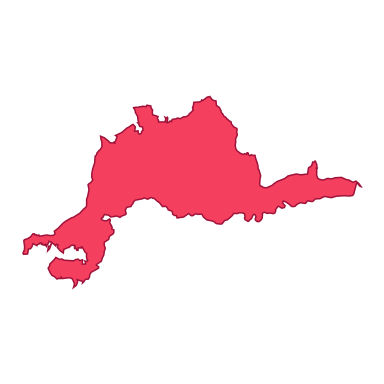 the district of Risca, Cluj, Romania
{"feature_id": "2599482B15866458666366", "entity_name": "Risca", "entity_type": "district", "adm_level": 2, "iso_a3": "ROU", "parent_name": "Romania", "parent_adm1": "Cluj", "projection": "mercator", "projection_center": [23.11, 46.713], "detail": "fine", "context": "isolated", "style": "filled", "palette": "rose", "viewbox_px": 384, "rotation_deg": 0, "n_neighbors": 0, "source": "geoboundaries", "source_scale": "gbopen_adm2", "svg_char_len": 5966}
<svg xmlns="http://www.w3.org/2000/svg" viewBox="0 0 384 384"><path d="M82.6,282.9L83.9,281.7L84.7,280.2L86.1,279.1L88.2,279.2L89.4,277.3L89.9,274.3L91.2,272.3L98.5,268.2L98.7,266.8L96.5,265.3L96.4,264.6L101.3,261.2L102.4,257.8L103.8,255.0L104.3,251.4L105.3,248.2L104.3,245.4L104.2,242.7L105.3,241.6L108.7,239.4L109.4,236.3L113.2,233.8L113.8,232.6L113.9,229.9L111.8,229.0L112.1,227.8L111.7,226.1L109.9,223.0L109.8,222.1L110.3,220.5L110.0,219.2L109.5,219.0L106.6,220.8L104.7,220.8L101.8,219.9L101.4,219.2L101.7,218.1L102.6,217.9L104.3,214.7L104.7,214.4L106.5,215.0L108.3,215.0L110.8,217.0L116.8,216.0L120.0,217.4L121.5,216.2L125.5,214.6L126.2,213.7L125.3,210.4L126.5,207.7L127.2,207.2L131.0,206.5L131.3,205.5L133.0,203.5L133.4,202.0L135.2,200.2L142.4,198.8L144.3,197.9L147.7,199.2L150.4,197.7L151.7,197.6L153.0,198.4L154.2,198.4L157.4,201.3L159.5,202.7L162.5,206.6L165.8,206.3L167.3,207.9L168.3,209.9L171.8,211.1L172.3,211.9L172.8,214.3L174.3,215.4L176.4,215.6L177.1,218.0L183.7,217.0L188.4,213.7L189.2,213.9L190.6,215.3L191.9,215.8L193.1,215.5L195.4,213.8L198.1,214.4L201.2,214.1L202.4,214.9L203.3,216.9L206.8,219.9L212.0,220.9L214.6,222.0L215.6,223.1L216.8,223.7L221.1,224.1L222.3,223.6L224.7,220.4L227.3,219.9L231.1,216.7L232.4,215.4L233.6,213.4L237.0,213.6L239.7,212.7L242.8,213.0L244.4,213.7L245.0,216.4L245.0,217.2L244.5,217.8L245.0,219.6L248.0,221.4L248.8,221.1L249.7,219.9L251.5,218.6L253.1,215.0L254.1,214.3L254.9,214.5L256.0,216.7L255.2,218.9L255.4,220.1L256.9,221.4L258.8,221.7L260.7,220.4L262.1,218.3L262.5,215.3L262.3,213.6L263.1,212.8L264.4,212.2L267.0,213.4L270.0,213.0L273.2,213.7L275.1,212.7L275.7,210.6L275.6,209.6L277.8,206.5L278.9,206.4L281.9,208.2L284.4,207.5L285.1,205.7L282.9,203.4L282.7,202.1L283.3,201.1L285.6,201.8L289.7,204.6L290.7,205.8L291.8,206.5L293.6,206.6L295.0,206.3L297.2,204.2L300.4,202.7L305.0,203.4L305.6,203.3L307.2,201.2L308.1,200.9L312.1,201.6L313.2,201.0L315.4,198.9L319.9,198.7L324.0,196.7L325.0,196.5L331.4,197.7L336.5,196.2L344.1,195.7L349.8,196.0L352.8,195.4L353.8,193.8L356.4,183.7L357.0,183.2L357.7,183.6L360.0,186.3L361.0,186.6L358.7,183.4L355.9,181.1L353.0,182.3L348.8,180.0L346.1,179.5L341.5,177.4L335.5,177.7L331.3,178.9L327.5,178.4L323.3,180.1L319.3,179.3L317.7,178.1L316.7,175.4L316.7,169.4L317.2,168.2L316.3,168.1L317.0,166.9L316.7,165.7L316.8,164.5L315.8,162.6L315.7,161.7L315.0,161.0L313.5,162.5L312.7,162.1L311.7,165.4L310.5,166.7L308.8,167.5L308.4,168.5L307.6,174.0L300.9,174.8L296.2,174.0L288.1,175.9L284.8,178.5L277.4,181.4L274.0,183.6L272.4,185.2L266.7,187.8L263.5,187.5L261.5,186.2L260.0,185.8L259.7,183.7L260.0,179.1L260.7,175.7L258.9,169.8L258.1,168.5L258.0,166.2L257.3,163.1L255.6,158.3L255.1,155.5L254.8,155.2L253.9,155.6L251.2,154.7L250.3,155.6L249.8,155.6L248.4,154.6L248.3,153.5L247.8,152.7L246.7,153.1L246.5,154.3L244.5,153.7L243.3,154.4L240.9,153.6L237.0,150.8L235.9,148.9L235.2,145.9L235.7,141.9L235.6,138.8L237.2,135.3L237.2,134.1L236.7,132.4L237.1,129.3L236.9,128.5L233.8,126.9L231.5,124.1L231.1,121.9L228.3,120.2L228.1,119.6L226.9,118.9L225.9,117.4L224.0,116.3L222.5,113.7L221.6,112.9L221.1,111.7L221.0,110.7L219.4,107.5L216.4,105.4L216.0,100.9L213.6,100.5L211.7,99.2L211.3,98.3L210.5,97.9L209.9,96.5L207.2,97.1L202.9,100.5L201.8,100.0L201.8,100.6L199.8,101.9L193.8,102.3L193.4,105.5L192.6,107.4L193.0,107.6L192.7,108.9L193.2,110.1L190.8,112.6L189.2,113.8L188.9,114.9L186.8,116.3L185.6,116.8L183.5,116.8L180.3,118.7L177.6,118.0L175.7,119.0L173.0,119.1L171.7,120.1L171.5,121.5L170.1,121.0L168.4,122.6L167.2,122.7L167.8,118.0L167.2,117.2L166.2,118.0L165.2,117.4L165.9,118.9L165.3,120.4L165.3,121.4L165.9,121.9L158.5,122.0L158.6,120.6L157.4,118.5L158.0,116.5L152.7,114.8L152.3,112.6L152.6,110.2L151.1,107.8L150.8,105.9L146.9,105.2L146.2,106.6L142.5,106.2L142.1,106.6L139.4,106.8L138.1,107.4L135.6,107.2L134.7,107.8L133.8,107.5L133.5,107.7L135.2,110.5L135.3,112.3L137.7,116.6L138.0,120.3L138.7,122.3L137.7,122.8L138.4,123.2L139.7,126.4L142.5,127.0L143.1,130.1L141.6,131.5L141.4,133.1L139.9,134.2L138.6,133.5L138.1,132.0L138.2,130.9L134.6,131.2L135.4,126.9L133.1,124.4L132.4,124.6L128.4,127.4L127.1,127.9L121.8,132.5L115.5,135.5L116.8,136.3L117.1,137.1L116.0,139.4L115.7,140.8L114.9,141.9L114.0,142.2L114.6,143.0L110.0,142.8L108.6,141.1L104.2,137.7L100.6,136.2L100.8,138.4L101.9,142.5L101.9,147.1L99.7,150.2L99.0,150.4L98.5,151.4L97.2,152.5L96.3,155.2L95.2,156.1L94.6,163.0L92.6,169.2L91.8,173.8L91.8,177.4L92.7,179.5L92.6,180.0L91.2,182.2L88.5,184.1L88.0,184.9L88.8,188.4L88.9,190.2L87.7,196.2L86.6,199.3L86.6,205.5L85.8,207.4L84.2,208.5L79.6,213.4L73.3,217.3L71.7,217.7L65.8,221.1L62.8,223.4L58.4,228.1L54.3,231.2L55.0,233.3L54.8,234.0L53.5,235.3L50.6,235.6L46.6,235.0L39.5,236.2L38.9,235.0L36.8,235.5L36.6,234.9L34.7,234.8L34.6,233.9L32.9,233.8L30.5,236.9L27.5,238.7L24.4,239.7L23.8,240.8L24.6,246.5L24.4,249.9L23.0,253.0L23.5,254.3L27.6,254.0L28.5,249.0L30.5,248.7L31.8,247.0L33.1,243.6L36.8,245.6L36.9,245.1L39.2,243.7L39.8,243.8L40.2,242.8L41.9,243.2L41.6,244.4L42.8,244.8L43.2,244.9L43.3,244.5L44.9,244.7L44.8,245.3L45.6,245.5L45.8,244.4L46.7,244.9L46.3,246.1L46.5,246.4L46.8,245.3L48.3,243.4L48.9,241.2L51.7,242.5L50.1,246.3L48.5,246.1L47.7,250.8L49.5,248.9L51.9,242.5L55.7,245.9L56.3,244.2L58.0,244.9L57.3,247.4L60.1,250.7L63.3,253.0L63.8,249.4L68.7,247.3L69.1,247.5L70.2,246.2L71.9,245.2L74.9,245.4L75.3,246.9L74.4,247.1L74.7,247.6L74.6,248.5L76.5,249.0L76.8,250.3L78.0,250.4L78.2,247.8L81.2,248.0L81.3,246.9L82.2,247.0L85.0,252.0L86.8,253.8L86.4,255.7L86.8,258.9L87.8,260.5L86.8,261.4L84.8,261.0L85.4,262.1L85.5,264.0L82.3,264.1L82.5,259.8L79.7,260.6L78.1,259.1L75.7,259.6L73.6,260.8L63.8,260.2L62.0,259.0L59.6,259.4L55.9,257.4L53.9,260.0L49.9,264.0L49.4,266.5L48.4,267.5L48.2,268.5L50.4,273.2L52.1,275.5L54.6,276.7L56.9,279.0L57.6,279.0L58.9,278.1L60.1,278.7L60.7,278.3L61.1,277.1L62.0,278.6L69.3,277.7L72.0,278.6L72.9,280.0L74.3,283.2L74.1,285.6L73.5,287.5L76.3,285.3L77.5,282.3L77.6,280.4L77.3,279.7L82.9,281.5L82.6,282.9Z" fill="#f43f5e" stroke="#9f1239" stroke-width="1.5"/></svg>